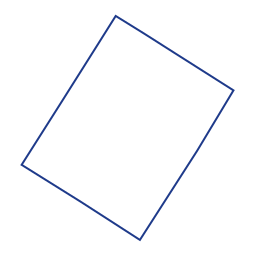 outline of Linn, Iowa, United States of America, rotated 212°
{"feature_id": "52423323B70350332268545", "entity_name": "Linn", "entity_type": "district", "adm_level": 2, "iso_a3": "USA", "parent_name": "United States of America", "parent_adm1": "Iowa", "projection": "mercator", "projection_center": [-91.569, 42.079], "detail": "fine", "context": "isolated", "style": "outline", "palette": "blue", "viewbox_px": 256, "rotation_deg": 212, "n_neighbors": 0, "source": "geoboundaries", "source_scale": "gbopen_adm2", "svg_char_len": 302}
<svg xmlns="http://www.w3.org/2000/svg" viewBox="0 0 256 256"><g transform="rotate(212 128 128)"><path d="M198.7,40.4L128.7,40.4L58.6,39.4L57.3,145.3L57.9,180.6L58.5,215.8L128.4,216.3L163.1,216.6L197.8,216.5L197.9,181.4L198.2,111.0L198.7,40.4Z" fill="none" stroke="#1e3a8a" stroke-width="2"/></g></svg>